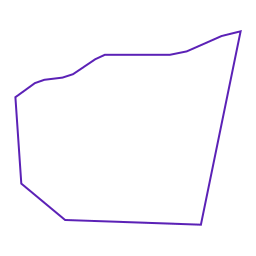 the state/province of Gaga'ifomauga
{"feature_id": "WSM-4991", "entity_name": "Gaga'ifomauga", "entity_type": "state/province", "adm_level": 1, "iso_a3": "WSM", "parent_name": "Samoa", "parent_adm1": "", "projection": "equal_earth", "projection_center": [-172.532, -13.55], "detail": "fine", "context": "isolated", "style": "outline", "palette": "violet", "viewbox_px": 256, "rotation_deg": 0, "n_neighbors": 0, "source": "natural_earth", "source_scale": "10m", "svg_char_len": 286}
<svg xmlns="http://www.w3.org/2000/svg" viewBox="0 0 256 256"><path d="M15.4,97.2L34.9,83.1L44.3,79.8L62.5,77.6L73.0,74.2L95.3,59.2L104.8,54.8L169.9,54.8L186.7,51.4L221.6,36.0L240.6,31.3L200.9,224.7L65.1,220.0L21.3,183.6L15.4,97.2Z" fill="none" stroke="#5b21b6" stroke-width="2"/></svg>